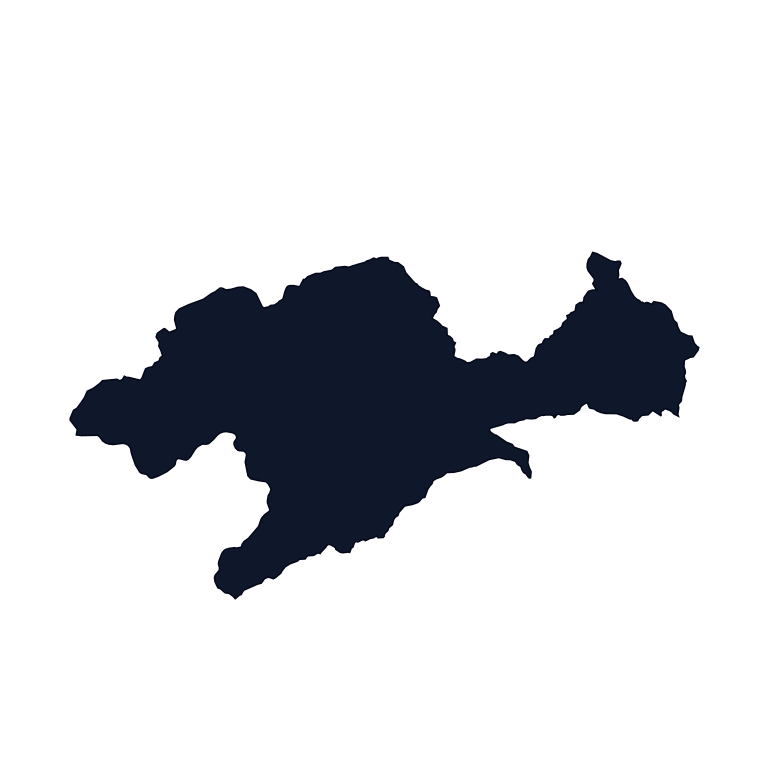 outline of Sephu, Wangdi Phodrang, Bhutan, rotated 244°
{"feature_id": "84629894B46369829894621", "entity_name": "Sephu", "entity_type": "district", "adm_level": 2, "iso_a3": "BTN", "parent_name": "Bhutan", "parent_adm1": "Wangdi Phodrang", "projection": "mercator", "projection_center": [90.34, 27.763], "detail": "fine", "context": "isolated", "style": "filled", "palette": "ink", "viewbox_px": 768, "rotation_deg": 244, "n_neighbors": 0, "source": "geoboundaries", "source_scale": "gbopen_adm2", "svg_char_len": 6163}
<svg xmlns="http://www.w3.org/2000/svg" viewBox="0 0 768 768"><g transform="rotate(244 384 384)"><path d="M489.1,86.1L477.6,88.4L473.1,85.1L470.3,89.4L463.5,104.0L461.0,105.3L456.1,106.2L453.0,108.0L450.7,110.3L448.3,114.1L445.2,123.2L443.5,125.5L440.9,127.4L437.3,128.0L432.3,126.6L420.1,125.1L412.8,125.8L411.3,126.1L409.7,127.3L406.7,131.1L402.8,132.2L401.7,133.1L400.8,134.8L400.2,140.8L400.4,150.5L402.3,159.3L403.4,161.1L406.3,163.2L407.1,164.5L407.3,166.6L403.1,171.7L402.3,173.0L402.2,174.8L403.6,178.5L408.2,185.8L409.4,189.3L409.7,194.1L407.7,198.2L407.3,200.4L408.7,205.7L411.3,212.1L411.8,215.3L411.4,218.8L410.2,221.7L406.4,226.8L403.6,228.6L400.6,228.2L399.3,227.1L397.7,224.1L396.5,223.2L395.1,222.6L391.6,222.5L388.7,223.5L387.7,224.4L385.1,228.8L382.0,229.8L380.4,229.3L374.7,225.1L361.3,221.5L357.3,222.6L352.2,228.8L347.8,235.3L344.5,236.3L339.0,236.4L336.1,233.7L334.4,231.0L329.8,227.8L328.1,227.1L320.8,226.3L319.9,225.1L318.9,219.7L317.6,216.3L316.3,214.2L310.9,208.8L304.7,194.5L303.8,189.2L302.0,186.1L299.9,184.3L301.2,179.4L302.3,178.1L304.1,173.0L304.7,169.3L304.4,167.1L302.8,163.9L296.9,157.7L295.0,156.4L291.4,155.7L288.8,154.4L286.1,148.4L284.5,146.8L280.5,145.5L276.2,145.3L273.5,145.4L271.8,147.2L265.9,149.7L263.6,153.1L259.4,155.3L256.2,156.2L257.6,161.4L257.4,163.4L259.3,166.0L260.1,168.0L259.6,182.2L258.8,186.5L261.4,191.3L261.4,193.9L260.7,196.0L257.5,199.1L257.5,201.3L259.2,208.3L260.8,210.5L263.0,215.1L263.6,220.4L262.8,228.8L263.6,231.1L261.3,236.4L262.7,238.8L263.0,240.3L260.8,245.7L261.3,250.3L259.6,252.4L260.5,253.8L262.7,259.9L263.9,261.7L264.2,264.1L262.2,266.1L258.1,268.7L256.5,268.2L251.8,271.0L250.3,273.2L248.6,278.2L247.6,279.3L250.8,282.6L251.0,284.6L254.1,287.6L254.9,289.5L253.4,291.3L253.5,295.6L253.0,297.6L251.3,298.6L251.3,303.9L250.4,307.0L250.8,310.4L248.3,311.4L246.4,316.0L247.0,317.4L248.2,318.0L249.5,319.7L250.6,323.2L252.7,325.2L253.8,329.7L257.9,333.2L259.3,335.5L259.7,338.8L262.0,341.1L264.8,347.7L265.2,349.8L263.3,356.6L262.7,362.1L262.9,363.8L264.9,368.3L264.2,371.0L270.1,377.0L272.3,380.7L273.3,383.4L275.6,385.6L276.0,389.2L275.4,394.6L275.7,397.4L276.9,401.6L274.0,408.3L272.3,415.3L271.9,424.6L271.1,426.5L271.0,428.5L270.0,430.8L270.1,445.2L267.7,454.9L262.7,460.6L260.7,464.5L256.9,468.2L253.1,468.8L249.8,470.9L246.5,470.4L243.2,470.7L241.0,472.2L237.0,472.9L235.7,473.6L235.4,474.6L240.7,477.8L245.5,477.9L250.3,478.8L256.2,482.6L260.7,482.8L270.1,473.3L273.5,472.7L278.2,468.4L288.7,462.5L289.7,461.2L293.6,458.9L295.7,458.5L297.6,459.4L297.6,460.8L295.4,473.2L295.4,476.0L294.7,479.0L292.0,484.4L292.0,489.0L290.6,494.5L291.0,496.2L288.0,501.4L286.6,505.3L287.1,508.4L286.7,512.5L285.9,513.4L285.2,515.9L282.9,520.6L281.2,522.1L279.1,522.2L279.2,523.5L280.5,525.4L280.4,527.8L278.6,529.2L277.2,532.1L276.3,535.8L273.8,541.3L275.0,548.3L276.8,550.2L277.7,552.1L278.4,557.1L277.6,558.5L273.6,558.2L272.1,558.5L269.4,562.1L266.6,563.5L263.6,566.1L260.4,570.1L255.5,580.0L250.3,585.3L244.9,589.7L243.9,591.5L241.8,592.0L241.0,592.8L239.8,595.8L241.2,597.6L242.8,602.0L240.5,607.9L242.5,613.9L234.2,618.9L234.5,619.5L236.7,620.1L238.2,622.0L237.9,623.3L238.8,625.6L235.2,629.1L232.8,630.6L230.1,631.4L225.9,634.5L228.0,634.8L233.4,638.5L235.8,639.1L236.8,639.9L238.4,643.8L241.9,645.9L251.0,654.1L253.3,655.5L254.1,656.9L257.0,656.6L260.0,657.6L261.8,659.7L264.4,660.7L267.8,661.1L273.8,664.3L273.8,670.9L272.9,673.9L276.7,681.1L278.9,682.9L280.7,681.8L284.6,680.7L292.0,681.7L293.8,678.6L300.3,673.3L301.3,673.0L306.2,673.0L310.5,673.9L313.7,672.6L315.7,672.5L323.5,673.9L331.5,671.4L335.1,668.9L339.7,662.6L338.4,659.4L341.6,656.7L342.2,655.5L342.4,653.1L344.1,652.2L345.1,650.4L346.7,650.4L349.5,648.3L352.8,647.1L358.7,646.5L367.6,646.7L371.0,646.1L374.5,644.2L375.1,641.3L376.1,640.2L378.8,642.5L383.8,644.5L388.4,649.8L390.8,649.9L391.8,648.3L392.4,645.4L395.4,641.6L407.8,632.6L410.8,629.3L407.8,625.6L406.4,622.4L403.1,619.5L399.6,617.6L396.1,617.2L386.5,619.1L384.3,618.1L382.7,615.6L375.4,616.2L377.1,612.3L377.7,608.3L374.1,601.8L371.3,600.0L370.1,598.4L371.3,595.8L370.7,591.3L366.0,588.0L365.7,585.5L366.1,583.5L365.1,581.2L365.3,578.3L362.5,577.8L361.7,577.1L360.5,571.8L357.4,568.6L356.8,564.4L356.9,560.2L354.1,558.2L353.9,554.2L352.7,553.4L352.2,552.0L354.0,548.5L352.6,545.8L350.8,544.2L351.3,540.7L351.0,539.3L349.0,536.4L342.4,531.2L342.6,527.4L340.8,522.3L341.8,520.0L344.4,518.6L350.1,516.8L353.3,513.8L355.4,508.2L358.3,506.4L362.1,502.9L362.4,500.9L361.4,499.2L361.5,497.8L364.5,495.3L364.2,493.3L362.9,492.6L361.9,490.9L362.2,489.4L361.5,487.7L363.1,483.0L365.7,478.1L365.4,471.2L366.5,467.9L369.1,466.6L372.9,463.4L375.0,460.7L378.4,458.7L383.1,462.3L384.5,462.9L386.9,462.9L389.7,466.2L391.7,464.7L394.6,465.2L397.8,464.0L400.1,462.1L406.4,464.9L411.0,461.0L412.4,461.0L417.0,459.1L421.6,456.1L422.4,456.5L425.1,460.1L425.6,462.1L428.1,464.5L430.0,468.0L438.3,468.9L440.1,467.2L442.2,463.8L446.4,465.2L447.9,465.1L449.7,462.8L453.7,459.8L457.1,457.8L459.5,457.3L460.9,456.0L474.3,452.3L480.7,452.8L486.9,449.6L488.6,446.5L493.1,442.6L496.0,442.9L499.0,436.8L499.6,433.8L499.4,432.0L501.7,430.0L501.6,425.5L502.1,422.6L501.7,420.6L504.0,407.6L504.1,405.1L504.6,403.2L506.7,400.4L510.0,391.4L509.0,387.1L511.1,379.0L511.2,375.5L513.3,371.0L513.9,362.5L512.6,358.8L513.3,357.4L508.4,350.8L512.2,345.7L513.8,342.2L514.0,340.0L513.0,338.2L510.4,335.4L504.6,330.4L504.5,328.3L504.0,327.4L504.5,326.4L503.5,324.6L503.0,320.0L504.3,316.6L503.8,313.3L504.4,312.5L504.7,310.1L506.2,308.4L521.3,308.5L526.9,305.6L532.9,300.0L534.9,295.1L536.1,288.3L537.8,283.3L541.3,280.4L542.1,278.5L540.9,272.8L540.9,268.7L539.3,258.8L540.9,243.2L541.1,232.8L539.4,228.4L536.6,225.9L533.4,223.9L524.7,222.2L524.0,220.9L524.5,213.6L529.9,211.2L530.2,210.2L529.0,202.6L526.2,199.8L519.9,200.4L516.7,198.2L511.9,198.2L506.5,197.4L505.6,194.2L503.3,192.0L503.4,187.0L501.0,183.6L502.1,179.1L502.1,176.3L495.8,169.5L494.2,166.7L501.8,157.5L502.9,155.4L504.8,154.0L502.8,151.0L502.6,148.1L505.3,146.1L510.4,132.4L509.2,129.3L507.5,120.7L507.6,114.1L503.1,108.9L500.0,103.5L496.7,97.1L496.5,93.5L490.8,87.0L489.1,86.1Z" fill="#0f172a" stroke="#020617" stroke-width="1.5"/></g></svg>